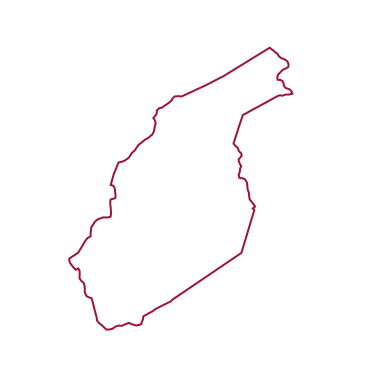 Capela do Alto Alegre, Bahia, Brazil (Natural Earth projection), rotated 66°
{"feature_id": "56859067B98354684740696", "entity_name": "Capela do Alto Alegre", "entity_type": "district", "adm_level": 2, "iso_a3": "BRA", "parent_name": "Brazil", "parent_adm1": "Bahia", "projection": "natural_earth1", "projection_center": [-39.84, -11.652], "detail": "fine", "context": "isolated", "style": "outline", "palette": "rose", "viewbox_px": 384, "rotation_deg": 66, "n_neighbors": 0, "source": "geoboundaries", "source_scale": "gbopen_adm2", "svg_char_len": 2309}
<svg xmlns="http://www.w3.org/2000/svg" viewBox="0 0 384 384"><g transform="rotate(66 192 192)"><path d="M143.0,60.3L139.9,60.2L137.6,61.4L135.1,64.1L132.6,64.8L130.1,64.2L127.4,64.2L125.5,65.8L124.3,68.1L122.0,67.5L119.8,65.7L118.9,63.4L117.7,60.5L117.2,58.0L117.3,55.6L117.0,53.2L114.5,51.8L111.5,51.7L108.7,53.2L105.9,56.1L103.3,57.4L100.6,57.7L98.2,59.1L96.0,60.0L93.9,61.3L91.8,62.3L99.0,116.3L100.1,136.3L100.5,162.8L98.9,165.4L97.7,169.0L98.5,171.6L100.0,173.3L100.9,175.9L102.7,185.3L102.1,187.6L103.1,190.9L106.0,192.3L107.3,194.3L108.7,197.2L111.7,196.7L114.7,197.4L116.7,199.2L118.6,200.3L121.3,202.3L123.5,205.2L124.0,207.6L124.8,209.8L125.0,213.1L125.9,216.5L126.6,219.1L127.0,221.3L128.8,224.4L130.7,227.3L131.8,231.0L134.0,234.1L135.3,236.8L135.9,240.6L135.8,244.1L135.1,247.1L144.5,256.8L152.6,263.4L153.9,261.6L156.0,261.0L158.5,261.4L161.0,262.3L163.9,263.2L166.2,264.3L166.2,266.7L165.7,269.4L167.7,270.7L170.2,271.7L172.8,272.5L175.0,273.3L177.1,274.1L179.0,274.8L181.5,276.6L180.8,279.9L179.1,283.3L178.8,286.9L178.7,290.0L180.1,293.6L181.6,295.6L183.2,298.3L185.9,299.9L188.2,301.3L191.3,302.7L191.6,306.4L193.5,309.8L195.0,311.8L196.4,313.8L198.0,316.0L199.4,318.1L201.0,320.5L201.8,324.1L202.2,327.6L203.0,331.3L205.2,332.1L207.2,332.3L209.6,331.7L212.0,331.2L215.7,330.0L215.6,327.0L218.5,326.8L221.9,328.3L225.2,329.9L228.3,329.2L231.0,328.0L233.4,328.2L236.4,329.1L239.5,330.6L242.2,330.8L244.6,330.5L246.8,328.5L248.3,326.9L268.6,330.3L270.7,331.1L274.2,330.1L277.5,328.3L280.2,327.3L282.9,326.1L283.8,323.9L284.6,320.6L283.8,316.2L284.4,312.8L285.7,310.7L285.7,306.9L285.8,303.0L288.2,300.9L291.3,297.3L292.2,292.3L290.6,291.0L288.4,288.6L285.8,286.9L285.4,282.7L285.1,280.0L285.0,277.0L284.2,273.8L283.9,269.0L283.7,266.0L283.5,260.8L283.4,258.5L283.4,255.9L282.4,253.7L268.8,177.7L267.7,171.6L233.8,142.4L231.7,143.2L231.0,140.3L229.0,140.6L225.0,141.6L221.9,142.3L218.9,141.4L215.6,140.3L212.7,140.2L209.5,139.2L206.1,138.0L203.3,138.1L201.2,138.9L199.9,140.6L198.3,143.0L195.4,142.4L192.9,140.1L190.0,138.3L188.4,136.5L186.1,136.8L183.4,136.8L181.2,136.2L179.1,131.9L176.7,131.3L173.9,132.5L170.2,132.3L167.6,133.5L164.7,134.4L150.9,122.1L142.4,114.3L139.2,75.1L139.4,72.2L140.8,70.4L141.1,66.7L142.3,64.2L143.0,60.3Z" fill="none" stroke="#9f1239" stroke-width="2"/></g></svg>